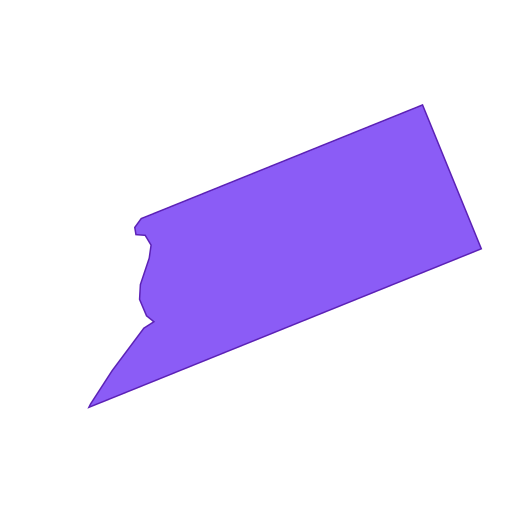 outline of Bristol Bay, Alaska, United States of America, rotated 338°
{"feature_id": "52423323B97700503252046", "entity_name": "Bristol Bay", "entity_type": "district", "adm_level": 2, "iso_a3": "USA", "parent_name": "United States of America", "parent_adm1": "Alaska", "projection": "natural_earth1", "projection_center": [-156.978, 58.751], "detail": "fine", "context": "isolated", "style": "filled", "palette": "violet", "viewbox_px": 512, "rotation_deg": 338, "n_neighbors": 0, "source": "geoboundaries", "source_scale": "gbopen_adm2", "svg_char_len": 372}
<svg xmlns="http://www.w3.org/2000/svg" viewBox="0 0 512 512"><g transform="rotate(338 256 256)"><path d="M163.6,178.3L154.3,184.1L152.7,191.2L161.0,195.3L162.8,206.6L156.2,218.0L138.1,239.2L131.8,252.6L132.1,270.5L136.7,278.7L125.0,280.9L79.7,308.4L47.1,331.3L44.4,333.7L467.6,333.7L467.0,178.3L163.6,178.3Z" fill="#8b5cf6" stroke="#5b21b6" stroke-width="1.5"/></g></svg>